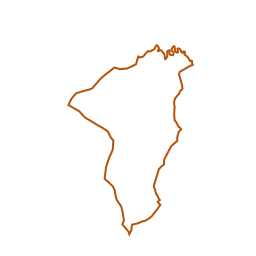 the district of Afikpo South, Ebonyi, Nigeria, rotated 27°
{"feature_id": "59680162B28595276838631", "entity_name": "Afikpo South", "entity_type": "district", "adm_level": 2, "iso_a3": "NGA", "parent_name": "Nigeria", "parent_adm1": "Ebonyi", "projection": "natural_earth1", "projection_center": [7.822, 5.833], "detail": "fine", "context": "isolated", "style": "outline", "palette": "amber", "viewbox_px": 256, "rotation_deg": 27, "n_neighbors": 0, "source": "geoboundaries", "source_scale": "gbopen_adm2", "svg_char_len": 2581}
<svg xmlns="http://www.w3.org/2000/svg" viewBox="0 0 256 256"><g transform="rotate(27 128 128)"><path d="M157.1,42.4L156.8,42.1L156.2,41.5L155.5,40.9L155.1,40.4L154.6,39.3L154.1,39.1L152.9,40.2L152.4,40.1L150.9,38.8L149.0,37.8L147.6,37.3L145.7,37.0L145.0,36.8L144.8,36.2L144.5,35.6L144.5,34.7L144.2,34.4L143.4,34.4L142.9,34.5L142.8,36.0L142.4,36.3L141.6,36.2L141.0,35.9L140.4,35.8L140.0,35.0L139.0,34.3L137.6,34.0L136.5,34.3L136.1,34.8L137.0,36.3L137.9,37.1L138.1,38.0L137.8,38.5L136.8,38.7L136.1,38.6L134.8,37.8L134.2,37.1L133.7,35.8L132.5,34.6L132.3,34.1L131.8,34.2L131.4,35.1L131.1,36.1L131.2,38.1L131.8,39.2L133.8,39.9L134.5,40.3L135.1,42.2L134.9,42.9L132.0,43.6L131.3,43.0L130.6,41.6L129.8,40.0L129.3,40.2L128.3,41.5L128.3,42.6L128.8,43.0L130.3,46.0L130.5,47.1L130.3,48.7L130.3,49.6L129.8,49.7L129.0,48.9L127.9,47.0L126.8,45.8L125.9,45.3L123.5,44.2L122.6,43.8L121.7,43.9L119.9,45.9L119.6,45.9L119.4,45.5L119.5,43.0L118.7,42.3L116.6,41.1L115.9,41.4L115.6,42.4L115.7,45.0L115.5,46.2L114.3,47.8L113.4,49.0L112.5,50.1L111.0,50.4L110.7,50.9L109.7,54.1L109.6,55.4L108.8,58.0L106.4,59.7L104.7,59.6L106.2,67.5L103.7,70.9L101.5,73.7L99.8,75.7L93.8,79.4L91.4,79.7L88.3,80.4L87.7,81.8L87.2,83.0L85.0,87.7L84.7,88.2L82.3,93.6L81.5,95.8L80.9,97.5L80.6,98.9L78.1,109.0L75.7,111.6L75.0,112.3L72.8,114.1L71.6,115.2L69.9,116.8L69.6,117.1L67.6,119.1L66.3,120.1L65.1,124.1L64.3,128.2L64.5,134.6L77.2,135.3L84.0,137.9L87.0,138.4L90.7,138.5L99.7,139.3L104.8,139.4L111.3,140.1L117.3,144.5L120.6,145.7L124.2,154.2L124.3,155.4L124.7,163.2L126.3,173.2L129.2,180.9L130.2,183.8L132.5,184.4L140.9,186.8L144.8,189.9L147.5,193.7L150.4,197.0L157.5,200.9L162.6,207.0L166.4,212.4L166.7,216.4L175.3,220.0L177.4,222.0L177.4,217.4L176.2,214.5L175.5,212.3L179.9,208.6L183.0,204.9L185.5,202.7L187.4,199.8L189.2,196.1L189.8,192.8L189.8,192.5L190.0,191.9L190.4,189.7L190.7,188.2L191.1,185.9L191.4,184.0L191.6,182.3L191.7,181.7L190.7,181.5L189.7,181.2L188.0,180.3L189.0,177.7L187.6,177.0L186.0,176.0L185.2,175.3L184.5,174.4L183.7,174.3L183.0,174.1L181.9,172.8L179.9,170.4L178.7,169.5L177.4,168.1L176.6,164.0L175.8,159.5L174.2,150.6L175.4,146.8L176.6,144.0L174.6,139.9L174.7,124.5L177.7,117.0L176.3,114.3L175.7,112.4L175.0,108.6L175.9,105.0L175.5,104.7L174.8,104.4L174.4,104.3L172.4,103.8L172.1,103.7L171.7,103.4L170.8,102.7L168.5,101.1L166.9,100.2L166.1,100.0L162.7,94.4L159.8,87.7L158.5,86.0L157.2,83.7L156.5,80.4L157.1,77.5L157.7,75.2L158.0,74.0L157.7,72.3L157.8,70.5L158.6,69.3L158.7,68.1L156.1,64.6L154.0,62.3L149.0,56.9L148.7,54.3L155.4,44.0L157.1,42.4Z" fill="none" stroke="#b45309" stroke-width="2"/></g></svg>